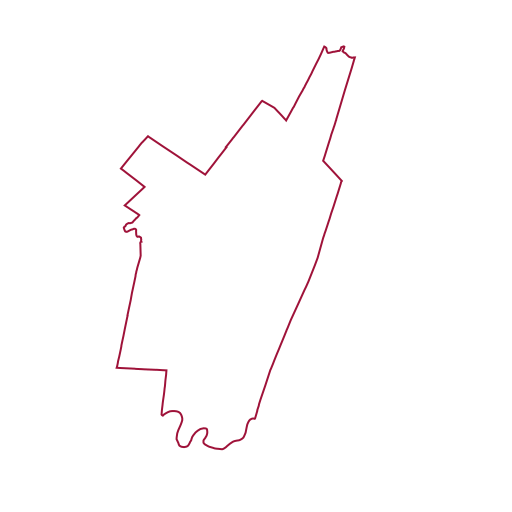 Ciorani, Prahova, Romania (Natural Earth projection), rotated 335°
{"feature_id": "2599482B52551165147319", "entity_name": "Ciorani", "entity_type": "district", "adm_level": 2, "iso_a3": "ROU", "parent_name": "Romania", "parent_adm1": "Prahova", "projection": "natural_earth1", "projection_center": [26.426, 44.821], "detail": "fine", "context": "isolated", "style": "outline", "palette": "rose", "viewbox_px": 512, "rotation_deg": 335, "n_neighbors": 0, "source": "geoboundaries", "source_scale": "gbopen_adm2", "svg_char_len": 6039}
<svg xmlns="http://www.w3.org/2000/svg" viewBox="0 0 512 512"><g transform="rotate(335 256 256)"><path d="M186.2,403.0L186.7,402.6L191.8,396.8L191.9,396.4L193.3,394.9L195.2,392.9L196.1,391.6L199.4,388.0L209.6,377.4L220.9,365.3L221.8,364.6L225.7,361.0L228.7,358.1L233.3,353.8L237.4,350.1L241.7,346.1L242.7,345.2L247.7,340.6L251.1,337.4L251.7,336.9L252.1,336.4L254.4,334.4L260.4,328.8L274.4,316.9L285.7,307.2L288.2,305.2L292.7,301.3L305.3,289.4L311.1,283.7L324.0,268.6L325.0,267.5L326.3,266.2L327.6,264.7L329.6,262.7L334.3,257.7L337.0,254.8L338.1,253.7L342.1,249.2L347.0,244.1L355.1,235.3L355.9,234.5L363.6,226.0L364.2,225.1L365.5,224.3L362.5,214.8L360.0,207.0L357.1,198.1L358.5,196.6L360.5,194.5L364.1,190.5L368.0,186.2L369.9,184.1L371.1,182.8L372.8,181.0L375.8,177.5L376.9,176.4L379.9,173.3L380.9,172.2L382.1,171.0L384.1,168.8L385.4,167.3L386.1,166.7L386.6,165.9L387.5,164.9L406.7,143.2L422.1,126.2L427.1,120.5L427.7,119.7L428.4,119.1L428.7,118.7L429.5,117.8L428.5,117.4L428.1,117.2L426.8,117.0L426.7,116.9L426.4,116.7L426.2,116.3L426.0,116.2L425.2,115.5L424.8,115.1L424.6,114.8L424.4,114.5L424.3,114.3L424.3,114.2L424.2,114.0L424.0,113.4L423.9,113.1L423.6,112.4L423.5,112.0L423.2,111.0L422.9,110.1L422.5,109.5L422.4,109.4L422.0,109.1L421.9,109.0L421.8,108.8L421.6,108.3L421.3,107.7L421.0,107.1L421.7,106.4L422.9,105.5L423.6,104.9L424.3,103.9L424.5,103.7L424.3,103.3L424.2,103.2L423.8,103.0L423.0,103.0L422.0,102.9L421.6,102.9L421.4,102.9L421.1,103.3L419.5,104.8L418.9,105.1L418.5,105.3L418.3,105.3L418.1,105.3L417.1,104.9L416.6,104.7L416.2,104.7L415.6,104.5L415.3,104.5L414.5,104.2L414.0,104.2L413.0,103.9L412.1,103.5L411.8,103.5L411.1,103.4L410.8,103.3L410.2,103.2L409.5,103.1L409.1,103.0L408.8,102.9L408.3,102.8L408.2,102.8L407.8,102.7L407.5,102.6L407.3,102.4L407.1,102.3L407.0,102.2L406.9,101.9L406.9,101.2L406.9,100.1L407.0,99.5L407.0,99.2L407.1,98.8L407.4,98.1L407.4,97.8L407.6,97.5L407.6,97.3L407.6,97.2L407.5,96.9L407.3,96.4L407.1,96.0L407.0,95.8L406.9,95.7L406.7,95.5L406.5,95.1L406.4,95.0L401.5,99.3L399.9,100.7L395.8,104.1L391.9,107.1L384.9,112.7L384.4,113.2L384.0,113.5L383.4,114.0L382.8,114.5L380.2,116.4L379.0,117.4L376.2,119.6L374.5,120.8L373.8,121.4L372.7,122.2L372.1,122.7L371.2,123.5L370.8,123.8L370.3,124.0L370.0,124.2L369.5,124.6L368.0,125.8L367.1,126.4L362.5,129.6L356.3,134.4L353.3,136.8L352.3,137.3L349.2,139.6L348.4,140.2L341.4,145.3L340.6,145.9L340.3,144.7L339.9,143.7L338.9,140.4L337.3,135.5L336.9,134.4L335.3,129.5L333.2,126.5L328.6,120.0L327.5,118.5L327.4,118.3L327.2,118.0L326.4,118.2L323.3,119.8L316.6,123.2L313.5,124.8L308.5,127.4L299.8,131.9L299.0,132.2L298.1,132.7L296.7,133.4L286.1,138.9L285.1,139.3L283.3,140.3L275.5,144.2L274.8,144.5L275.1,145.0L266.3,149.5L263.9,150.7L256.5,154.6L246.7,159.6L244.4,160.8L235.1,145.5L233.0,142.2L229.6,136.5L227.0,132.1L217.7,116.9L214.7,111.9L213.2,109.4L211.4,106.4L210.7,105.2L209.4,103.1L208.7,101.8L205.8,103.0L204.1,103.7L202.0,104.5L201.6,104.7L200.6,105.0L200.1,105.2L197.4,106.5L195.9,107.3L184.8,112.7L179.0,115.5L170.5,119.7L172.1,122.6L173.6,125.6L177.3,132.7L179.5,136.9L180.6,139.1L184.2,146.3L177.5,148.5L158.4,154.7L167.2,168.9L167.5,169.6L164.6,171.0L164.3,171.0L163.8,171.1L163.1,171.2L162.8,171.3L162.5,171.6L162.3,171.7L160.3,172.4L159.2,172.9L158.4,173.3L158.2,173.4L157.9,173.4L157.6,173.4L157.3,173.3L155.8,173.1L154.4,172.3L154.2,172.3L153.9,172.3L152.7,172.4L152.1,172.5L151.7,172.6L151.3,172.8L151.0,173.1L150.7,173.4L150.3,173.7L149.9,173.9L149.7,173.9L149.2,173.8L148.1,174.5L147.9,176.1L147.8,177.9L147.9,178.5L148.0,178.7L148.4,178.9L148.7,179.3L149.7,179.6L151.3,179.5L152.9,179.4L154.2,179.4L155.2,179.7L156.7,179.7L157.7,180.1L158.1,180.5L158.4,181.1L158.4,181.8L157.9,182.6L157.1,184.5L156.5,186.0L156.3,187.2L156.5,188.2L157.0,188.7L158.2,188.8L158.6,189.3L159.4,190.5L159.5,190.8L159.4,191.2L159.1,191.9L159.0,192.4L158.9,192.7L158.5,193.2L158.4,193.5L158.2,193.9L158.2,194.6L157.8,194.5L157.3,194.6L157.0,194.8L156.8,195.0L156.5,195.5L156.3,196.0L156.2,196.4L151.6,207.0L150.3,208.7L146.6,212.9L143.6,216.3L142.2,218.1L140.9,219.6L140.4,220.4L139.3,221.7L138.9,222.3L138.2,223.5L134.6,228.3L129.6,234.9L128.0,237.0L123.6,243.3L118.0,250.7L115.6,253.9L114.4,255.5L114.5,255.7L113.1,257.5L109.9,261.8L106.4,266.5L102.1,272.4L98.6,277.0L96.2,280.2L95.7,281.1L93.2,284.5L89.5,289.4L86.5,293.1L85.3,294.9L84.1,296.5L82.9,298.0L82.5,298.4L85.0,299.8L92.4,303.7L98.3,306.8L99.2,307.4L100.1,307.9L104.3,310.1L106.9,311.5L111.7,314.0L116.9,316.7L117.8,317.1L122.9,319.9L126.5,321.8L124.3,325.7L121.3,330.5L119.6,333.5L118.2,335.9L117.5,336.9L115.4,340.4L113.9,342.8L112.8,344.5L110.3,348.3L109.1,350.2L108.4,351.4L105.6,355.9L103.5,359.6L103.4,359.8L103.5,360.4L104.1,361.3L105.4,360.8L107.3,360.5L109.9,360.3L112.3,360.4L114.5,361.1L116.6,362.1L118.5,363.3L119.9,364.6L120.8,366.2L121.1,368.1L121.0,369.9L120.6,371.9L119.8,373.6L118.5,375.1L116.9,376.7L115.7,377.8L112.0,381.0L109.7,383.4L107.6,386.6L106.6,388.4L106.6,391.6L106.6,392.6L106.5,393.4L106.4,394.1L106.4,394.9L106.5,395.6L106.9,396.2L107.4,396.9L108.0,397.5L110.0,398.8L110.7,399.0L111.6,399.2L112.5,399.4L112.9,399.4L113.6,399.3L114.2,399.2L114.8,398.9L115.4,398.5L116.7,397.6L117.2,397.1L118.1,396.4L119.0,395.9L119.3,395.7L119.8,395.1L120.4,394.4L120.9,393.9L121.8,393.0L123.4,392.0L124.2,391.6L126.6,390.4L129.3,389.7L132.5,389.3L135.7,390.0L137.2,390.8L138.1,391.6L138.3,392.2L138.2,392.9L137.6,394.6L137.3,395.3L136.7,396.3L136.1,397.0L135.5,397.7L134.8,398.3L134.0,398.8L133.2,399.4L132.1,400.0L131.1,400.5L130.4,401.1L129.8,402.3L129.5,403.1L129.6,403.7L129.8,404.4L130.4,405.7L131.0,406.4L131.5,407.2L132.1,408.0L133.0,409.1L136.1,411.8L137.1,412.8L138.4,413.7L140.8,415.1L143.4,416.7L143.9,416.9L145.1,417.0L147.8,416.6L149.6,416.0L153.1,415.1L155.1,414.8L156.3,414.6L157.3,414.6L158.4,414.7L160.6,415.2L162.2,415.7L163.1,415.9L164.4,415.9L166.3,415.7L167.9,415.2L169.4,414.0L171.3,412.3L172.0,411.6L175.2,407.2L176.9,405.0L178.7,403.4L180.3,402.3L181.6,401.8L183.3,401.7L184.7,402.0L186.0,403.0L186.2,403.0Z" fill="none" stroke="#9f1239" stroke-width="2"/></g></svg>